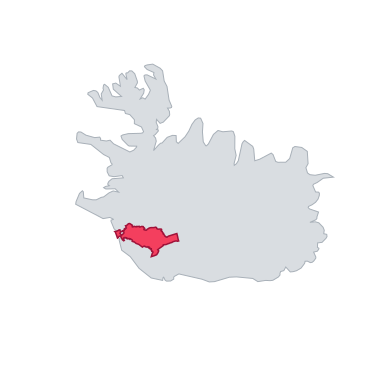 Rangárþing ytra, Suðurland, Iceland shown in context, rotated 31°
{"feature_id": "244011B57462919825437", "entity_name": "Rangárþing ytra", "entity_type": "district", "adm_level": 2, "iso_a3": "ISL", "parent_name": "Iceland", "parent_adm1": "Suðurland", "projection": "mercator", "projection_center": [-19.711, 63.992], "detail": "fine", "context": "in_parent", "style": "filled", "palette": "rose", "viewbox_px": 384, "rotation_deg": 31, "n_neighbors": 0, "source": "geoboundaries", "source_scale": "gbopen_adm2", "svg_char_len": 8352}
<svg xmlns="http://www.w3.org/2000/svg" viewBox="0 0 384 384"><g transform="rotate(31 192 192)"><path d="M281.2,116.2L284.2,116.4L289.0,114.2L296.0,107.8L298.9,106.4L305.6,106.4L297.4,112.6L294.4,119.4L292.2,122.7L292.2,124.2L297.9,128.3L300.7,126.9L301.9,127.5L302.9,129.4L303.7,133.2L303.2,137.2L301.5,141.1L299.3,144.4L299.6,145.5L301.4,146.0L310.8,144.0L311.9,148.9L312.7,150.5L312.4,152.1L308.7,157.3L313.1,154.0L316.6,153.1L322.5,154.7L325.0,156.6L326.4,159.9L329.3,158.9L330.7,160.7L330.7,162.7L329.4,168.2L325.9,170.9L328.0,174.8L329.8,174.9L330.1,175.8L329.9,178.2L327.2,180.9L331.6,183.9L332.2,185.0L331.9,188.5L331.2,190.4L329.8,191.6L326.6,191.8L324.6,193.1L325.3,195.2L324.7,201.0L322.1,205.7L319.7,208.2L317.4,209.9L311.0,208.0L311.2,212.1L308.9,214.6L309.4,216.7L310.2,217.8L309.8,220.4L306.8,226.0L304.7,227.7L300.6,229.9L294.6,234.9L288.6,234.8L273.8,241.9L267.9,245.8L257.5,257.2L253.1,260.2L245.5,261.6L222.9,269.0L220.3,273.5L220.2,274.4L221.2,276.1L219.5,279.3L216.1,281.5L214.5,281.5L211.6,279.6L211.3,280.5L212.4,282.9L201.3,286.7L186.0,284.7L172.4,279.2L161.7,278.1L154.1,270.5L153.9,269.3L154.7,267.0L157.4,266.0L156.1,263.7L151.5,267.7L150.0,267.6L148.1,266.0L148.0,264.4L144.2,263.7L137.6,258.8L137.1,257.7L138.7,256.1L138.3,255.8L134.7,256.1L129.5,260.6L98.6,262.4L97.6,260.0L96.3,251.2L97.4,247.4L98.7,247.8L102.3,252.8L110.6,250.0L113.9,248.1L117.0,243.3L118.8,241.7L121.3,235.5L123.9,231.7L129.2,229.9L124.5,228.8L116.6,233.8L114.0,233.8L115.2,231.6L117.9,229.2L116.1,229.0L115.4,227.9L115.3,225.6L116.7,221.8L125.9,215.2L123.7,213.9L117.3,219.0L112.7,220.8L108.9,218.4L107.0,215.3L107.2,213.9L109.4,209.9L109.0,209.1L107.5,208.7L103.4,205.0L96.9,205.4L80.8,203.3L68.7,208.4L65.7,206.0L63.3,200.9L63.8,198.9L65.9,197.8L71.9,197.9L80.6,195.5L84.6,192.5L86.1,193.2L86.9,194.7L92.3,192.4L95.1,189.8L100.0,191.1L118.1,189.7L120.5,186.2L121.4,182.0L121.0,181.2L114.4,185.0L112.8,184.9L105.1,182.9L102.3,180.6L103.2,178.8L107.3,174.8L117.8,168.1L119.2,166.8L119.4,165.2L115.2,162.3L107.4,163.1L105.4,159.7L98.8,157.7L94.5,159.0L92.2,156.9L66.6,167.7L58.3,162.7L52.3,161.9L51.8,160.4L55.2,155.7L57.6,154.8L60.0,155.2L64.5,158.5L67.7,159.6L63.7,154.7L63.6,150.1L62.3,148.9L61.1,145.8L61.6,144.7L66.3,145.4L73.9,150.8L77.6,149.8L82.4,146.4L71.6,144.4L68.3,140.2L70.6,137.9L76.2,138.2L70.0,130.9L69.7,129.6L70.8,126.3L78.5,129.1L74.4,124.8L74.3,123.8L75.5,123.0L76.1,120.3L78.1,119.2L82.0,120.1L88.1,125.2L89.0,126.6L89.2,131.8L91.6,131.0L94.4,131.7L96.8,128.2L98.4,129.0L99.7,132.2L99.6,139.0L101.2,136.6L104.0,136.5L104.5,130.8L103.9,126.2L94.7,121.0L91.0,117.2L91.4,115.9L93.2,114.7L102.9,113.8L98.8,111.5L97.8,109.2L90.4,110.1L86.7,109.1L86.6,107.9L88.1,106.2L92.5,102.6L101.0,102.3L104.4,103.3L111.0,111.2L116.2,114.4L125.0,125.0L130.6,129.1L130.9,130.1L130.0,131.3L127.8,132.7L131.1,134.5L133.1,137.3L133.3,138.5L131.4,146.9L129.3,149.6L124.2,148.0L125.4,150.7L129.1,153.5L129.9,155.1L129.4,156.7L131.1,156.2L131.7,157.1L130.9,161.8L130.0,163.5L133.0,164.5L135.2,166.9L137.7,176.3L139.1,169.1L139.9,166.4L141.1,165.4L142.6,157.9L146.1,153.5L149.3,151.8L152.7,157.0L155.1,157.5L157.6,148.3L157.9,141.5L157.1,134.0L157.6,128.6L159.2,125.3L161.4,124.3L166.1,127.6L170.0,135.1L175.8,143.2L179.9,145.3L180.6,145.0L181.3,142.3L180.7,131.6L182.6,125.9L187.4,124.5L194.7,119.2L196.4,119.0L200.0,122.1L206.4,132.9L211.0,137.9L213.4,145.9L214.5,147.4L215.5,144.9L215.6,141.4L210.0,124.8L210.0,122.5L210.5,120.7L220.5,121.6L222.8,123.4L229.7,132.9L233.1,129.1L239.9,117.8L242.2,118.2L248.0,122.7L250.3,122.3L257.0,118.2L258.5,113.0L255.6,102.2L256.8,100.0L263.1,97.3L269.9,97.8L276.9,107.9L277.1,112.5L281.2,116.2Z" fill="#d9dde1" stroke="#a8b0b8" stroke-width="1"/><path d="M205.8,240.8L205.3,240.4L204.4,239.6L202.6,237.6L200.4,235.4L198.4,237.6L194.5,242.0L193.8,243.7L193.4,243.8L193.2,243.8L193.0,243.7L192.8,243.7L192.5,243.7L192.4,243.8L192.5,243.8L192.4,243.9L192.2,243.8L191.7,243.7L190.1,243.0L189.5,242.9L189.3,243.0L189.0,242.8L188.9,242.7L189.0,242.6L189.2,242.4L188.9,242.1L188.1,242.0L187.9,242.0L186.8,241.2L186.7,241.2L186.3,241.4L186.2,241.3L185.9,241.3L185.6,241.2L185.8,241.0L185.9,240.9L185.7,240.6L185.4,240.4L185.3,240.2L185.2,240.1L185.3,240.0L185.3,239.9L185.2,239.7L184.9,239.6L184.6,239.8L184.0,240.0L183.2,240.5L182.8,240.8L182.5,241.0L182.1,241.3L181.4,241.5L180.8,241.5L180.8,241.4L180.6,241.3L180.2,241.0L179.9,240.8L179.3,240.8L178.9,240.9L178.5,241.4L178.2,241.6L177.4,242.3L177.1,242.5L176.6,242.8L175.7,243.3L174.5,244.2L174.3,244.4L173.9,245.1L173.6,245.3L173.5,245.8L173.3,246.1L172.8,247.0L172.7,247.4L172.7,247.7L172.7,248.0L172.5,248.3L172.2,248.4L172.0,248.6L171.7,248.6L171.3,248.8L171.0,248.7L170.8,248.9L170.2,249.0L170.0,248.8L170.1,248.7L170.1,248.4L170.1,248.2L170.3,248.0L170.4,247.9L170.3,247.7L170.2,247.7L169.9,247.4L169.5,247.3L168.9,247.4L168.4,247.2L168.2,246.8L167.8,246.8L167.6,246.9L167.3,247.1L167.1,247.2L166.6,247.4L166.2,247.9L166.0,248.1L165.9,248.2L165.5,248.8L165.4,248.9L165.1,248.9L164.6,248.6L164.4,248.9L164.0,249.1L163.7,249.1L163.5,249.3L163.1,249.7L162.9,249.7L162.6,249.8L162.4,250.0L162.4,250.3L161.9,250.3L161.4,250.9L161.2,251.1L160.3,251.1L160.1,251.2L160.0,251.3L159.8,251.6L159.5,252.2L158.8,252.6L158.7,252.5L158.5,252.3L158.4,252.1L158.1,251.7L157.9,251.6L157.7,251.5L157.6,251.4L157.7,251.2L157.1,251.1L156.7,251.2L156.4,251.2L156.2,251.1L154.9,251.1L154.4,251.4L154.0,251.8L153.8,252.1L153.6,252.7L153.4,253.7L153.3,254.0L152.9,254.6L152.4,255.2L153.5,255.8L153.6,256.5L154.2,256.7L154.0,257.8L153.9,257.9L153.9,258.0L153.3,258.3L153.0,258.3L153.1,258.8L153.3,259.0L153.6,259.0L153.5,259.3L153.4,259.5L153.5,259.6L153.4,259.8L153.5,259.9L153.4,260.0L153.3,260.3L153.1,260.4L153.1,260.5L152.2,261.2L152.2,261.7L152.2,261.8L152.4,261.8L153.8,261.1L154.4,261.6L154.8,262.6L153.9,265.4L151.4,264.5L151.5,264.3L151.5,264.2L151.7,263.5L151.5,263.3L151.5,263.2L151.4,263.0L151.4,262.9L151.4,262.7L151.1,262.6L150.3,262.3L149.9,261.6L149.6,261.7L149.4,261.9L149.2,261.9L149.0,262.0L148.8,262.5L148.7,262.9L148.2,263.5L148.0,264.0L147.9,264.1L147.6,264.3L147.3,264.8L146.3,265.6L146.7,265.7L147.9,266.6L149.4,267.8L151.9,269.9L152.1,269.6L152.3,269.1L152.3,268.8L152.3,268.2L152.3,267.9L152.4,267.6L152.6,267.3L152.8,267.1L153.4,266.6L157.0,268.8L158.6,269.0L158.9,268.3L158.7,268.2L158.1,268.0L157.5,267.5L157.4,267.5L157.1,266.7L157.2,266.4L157.3,266.5L157.5,266.5L157.5,266.3L157.7,266.2L157.8,266.2L158.0,265.7L157.8,265.7L158.0,265.6L158.2,265.4L158.3,265.4L158.5,265.5L158.8,265.2L159.1,265.2L159.1,265.4L159.2,265.5L159.5,265.4L159.6,265.2L159.8,265.4L160.0,265.3L160.2,265.2L160.5,265.3L160.6,265.5L160.8,265.4L160.7,265.2L160.8,265.0L161.0,265.1L161.2,264.9L161.4,264.8L161.6,264.6L161.8,264.6L162.1,264.6L162.1,264.4L162.2,264.2L162.4,264.2L162.4,264.3L162.3,264.5L162.5,264.6L162.5,264.2L163.0,264.0L163.2,263.9L163.3,264.1L163.8,264.0L164.0,264.1L164.1,263.9L164.4,263.9L164.7,263.9L164.7,264.0L165.0,263.9L165.4,264.0L165.6,264.0L165.9,264.2L166.1,264.4L166.1,264.7L166.1,264.9L166.4,264.8L167.0,265.0L167.4,264.9L167.6,264.8L167.7,264.6L167.9,264.6L168.3,264.5L170.5,264.9L173.4,264.3L177.9,264.8L178.5,263.4L178.9,263.2L179.1,262.9L179.6,262.8L179.7,263.0L179.9,263.0L180.0,263.0L180.0,262.9L180.3,262.8L180.6,262.8L180.8,262.7L181.3,262.7L182.0,262.1L182.3,262.1L182.5,262.1L182.4,262.0L182.6,261.8L182.6,261.6L182.8,261.6L183.0,261.6L183.5,261.3L183.9,261.3L184.1,261.3L184.3,261.4L184.3,261.5L184.2,261.7L184.3,261.9L184.2,262.0L184.3,262.0L184.5,262.3L184.8,262.2L185.0,262.0L185.4,261.9L185.6,262.0L185.8,261.9L185.8,262.1L186.0,262.0L186.2,261.9L186.4,261.7L186.6,262.0L186.5,262.3L186.4,262.3L186.5,262.5L186.8,262.7L187.3,262.8L187.4,263.0L187.7,263.2L188.0,263.5L188.3,263.3L188.6,263.2L188.8,263.2L189.3,263.5L189.6,263.9L189.5,264.9L190.4,268.4L192.6,265.9L194.0,264.0L194.1,261.7L193.8,259.6L192.3,259.1L192.5,258.6L193.5,256.1L193.8,255.5L194.6,253.6L194.6,253.4L194.8,253.1L194.9,252.9L194.8,252.7L195.0,252.4L195.0,252.2L194.9,252.1L194.7,251.9L195.0,251.7L196.3,250.8L197.0,250.2L197.2,249.8L197.5,249.5L197.7,249.2L198.0,248.6L198.4,248.4L198.6,248.3L198.7,248.2L198.8,247.9L198.9,247.7L199.1,247.5L199.2,247.3L200.2,246.2L200.7,245.7L200.8,245.6L200.9,245.3L201.0,245.0L201.6,244.1L202.8,242.8L203.4,242.3L203.7,242.1L204.3,241.9L205.1,241.6L205.5,241.1L205.8,240.8Z" fill="#f43f5e" stroke="#9f1239" stroke-width="1.5"/></g></svg>